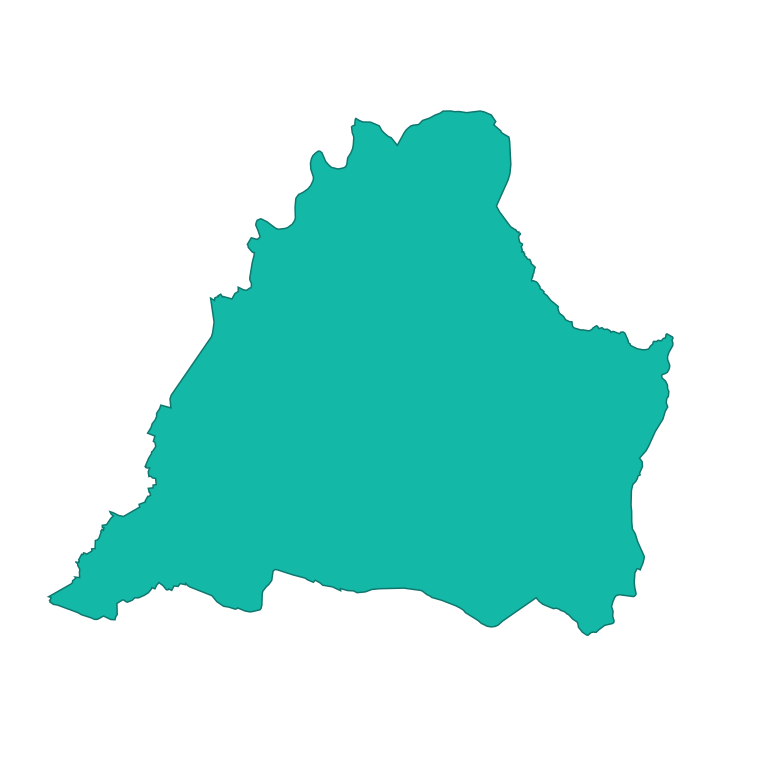 Phanom Thuan, Kanchanaburi, Thailand (Albers equal-area conic projection), rotated 191°
{"feature_id": "78962969B66646972334810", "entity_name": "Phanom Thuan", "entity_type": "district", "adm_level": 2, "iso_a3": "THA", "parent_name": "Thailand", "parent_adm1": "Kanchanaburi", "projection": "albers", "projection_center": [99.694, 14.148], "detail": "fine", "context": "isolated", "style": "filled", "palette": "teal", "viewbox_px": 768, "rotation_deg": 191, "n_neighbors": 0, "source": "geoboundaries", "source_scale": "gbopen_adm2", "svg_char_len": 6157}
<svg xmlns="http://www.w3.org/2000/svg" viewBox="0 0 768 768"><g transform="rotate(191 384 384)"><path d="M102.5,426.1L103.0,431.1L104.5,433.0L105.6,437.1L108.3,440.7L112.1,442.9L113.0,444.9L112.7,446.4L110.3,447.6L108.1,449.5L106.9,453.3L106.9,456.0L107.3,457.2L110.2,462.0L110.9,465.0L110.4,469.2L107.9,476.8L108.2,479.3L109.6,481.8L109.1,484.3L109.8,485.2L115.9,487.2L116.6,486.4L116.5,483.1L118.6,481.9L120.0,479.3L123.3,479.2L124.7,477.6L127.2,477.4L127.8,476.4L127.8,474.4L129.6,472.2L130.8,469.1L132.8,467.9L136.2,467.0L142.2,466.9L149.4,468.9L149.9,470.2L152.0,471.2L152.6,473.2L157.3,479.9L159.2,480.7L161.7,479.9L162.1,478.6L162.6,478.3L168.7,479.4L169.9,479.1L171.1,478.0L172.3,479.5L175.2,480.4L178.5,479.6L180.7,480.9L183.6,479.4L185.4,481.4L186.6,481.7L189.6,478.8L190.4,477.2L192.7,475.3L198.8,475.1L201.0,474.6L208.0,475.3L209.9,476.5L211.4,480.9L213.7,480.6L218.0,481.7L220.7,484.6L225.5,487.1L227.7,491.3L227.7,493.2L236.4,498.0L241.0,502.0L244.6,503.7L244.5,505.1L247.1,506.8L248.8,507.2L249.5,509.3L252.6,512.5L254.0,513.3L257.1,513.9L258.7,513.4L259.1,514.6L258.4,518.8L259.0,519.4L258.1,521.5L258.3,524.9L257.9,527.5L262.2,530.1L263.6,532.8L264.8,534.1L266.0,533.8L267.5,534.5L268.9,536.0L270.6,536.9L270.7,538.6L271.3,538.8L272.1,540.4L274.0,540.0L274.1,540.5L273.6,540.8L274.0,542.3L275.5,545.1L274.7,546.6L274.8,547.8L277.7,548.9L279.7,553.2L279.9,554.9L278.8,557.0L278.9,557.8L280.4,558.0L280.7,558.9L281.2,558.5L282.8,559.2L284.3,560.7L285.5,560.8L289.8,562.6L303.6,575.2L307.6,580.2L301.1,608.0L300.5,614.4L301.4,623.7L306.9,645.9L308.5,650.2L315.6,652.7L317.2,653.7L317.5,654.6L325.7,659.4L324.4,663.0L330.1,668.6L337.6,670.2L341.7,670.3L354.7,666.1L362.3,665.8L366.6,664.8L370.9,664.7L378.2,663.1L380.5,660.6L385.1,657.8L389.9,653.8L396.5,650.0L399.1,645.8L400.4,645.0L405.0,643.5L406.8,642.5L408.9,640.1L411.0,637.1L412.3,633.9L416.5,620.8L424.0,627.2L426.8,627.7L430.9,629.9L434.4,632.3L437.9,636.5L447.1,638.5L454.7,637.2L458.4,637.9L462.3,639.3L462.7,638.1L462.1,632.6L464.4,631.0L464.9,630.1L463.1,624.6L461.0,621.1L460.6,619.4L459.8,613.2L459.7,609.1L460.6,604.6L462.8,599.0L462.4,592.4L463.1,590.0L465.0,588.4L470.0,586.3L476.9,586.6L480.3,588.6L483.7,591.3L489.1,599.2L491.3,600.3L492.9,600.1L495.4,597.5L497.3,594.7L498.2,591.5L498.3,586.5L496.7,580.7L492.7,573.5L492.4,570.4L493.8,564.8L496.0,560.9L500.0,556.7L504.0,553.7L505.7,550.1L505.9,548.8L505.0,540.3L502.7,530.2L502.9,527.4L504.6,523.3L508.5,519.1L510.8,517.8L517.4,515.7L520.3,516.3L529.8,520.9L535.7,522.6L536.6,522.6L539.7,520.6L540.3,517.8L540.2,515.5L536.6,510.1L533.9,505.2L533.9,504.4L536.0,501.7L542.2,502.2L544.8,494.9L543.8,493.9L543.3,492.2L539.1,488.8L537.7,488.1L536.3,488.3L536.1,485.1L536.5,478.2L536.0,462.3L535.4,460.4L533.5,457.7L532.8,454.7L533.1,452.9L534.2,452.5L536.5,450.0L537.9,449.6L540.1,449.7L545.6,451.2L544.7,447.0L547.6,444.4L549.5,438.5L558.5,439.2L559.1,438.6L561.4,441.0L563.9,438.7L563.4,438.2L566.4,436.4L566.3,433.7L570.6,435.2L562.6,412.3L562.0,401.8L562.4,397.5L590.7,332.5L591.2,328.6L588.7,319.9L599.0,320.7L599.5,317.1L601.6,311.8L601.0,308.7L601.9,304.7L603.9,301.0L604.4,296.6L606.7,290.6L598.9,289.2L599.5,283.7L597.7,283.0L596.1,279.0L598.3,273.8L599.1,273.1L599.0,271.1L600.8,266.4L602.7,257.4L601.6,257.2L601.8,256.5L601.1,256.4L598.0,256.8L598.7,252.9L597.1,248.3L595.6,248.9L594.5,248.6L593.5,247.6L590.2,247.7L588.4,241.8L591.4,240.7L590.8,238.0L595.5,236.6L594.0,233.2L593.5,233.4L591.9,230.2L594.1,228.3L594.5,228.5L596.1,223.5L595.8,222.6L601.5,219.1L600.3,216.6L614.4,204.3L619.3,204.3L625.3,206.0L628.7,206.4L627.3,204.5L624.6,202.7L626.4,200.3L629.5,193.0L633.6,191.5L633.1,189.6L631.5,189.5L631.5,186.8L633.0,187.6L633.9,185.4L633.4,184.9L634.4,178.1L635.7,176.2L637.5,175.3L636.2,167.3L639.5,166.4L638.9,164.2L643.5,160.2L645.1,160.8L646.7,160.9L646.9,159.1L648.3,159.1L650.2,153.1L649.3,152.3L649.4,151.0L649.9,151.2L650.5,150.2L653.0,150.7L650.4,149.1L649.9,147.3L647.3,144.2L647.0,140.9L645.8,135.9L650.6,135.5L649.5,134.5L652.1,131.5L651.9,129.8L652.8,128.2L672.6,111.2L670.1,111.0L670.2,109.2L671.0,107.7L669.9,106.9L670.3,106.3L666.5,104.6L662.4,104.7L641.0,101.2L637.0,99.8L627.1,98.6L623.2,97.7L620.4,98.3L615.0,102.7L607.4,100.7L603.1,101.2L602.9,104.5L601.9,106.8L604.3,117.6L599.5,122.1L598.2,122.3L595.6,121.0L594.2,120.9L589.9,123.7L587.9,126.5L584.1,127.3L578.9,130.9L575.4,134.2L573.2,138.4L573.0,139.8L569.8,139.2L568.7,143.3L567.0,146.1L562.2,143.8L558.4,140.5L556.8,140.7L556.3,141.8L553.0,140.9L551.6,145.7L547.5,146.0L546.0,149.2L540.6,149.1L540.6,150.4L538.0,148.6L536.0,147.8L512.6,143.4L506.3,138.3L499.0,135.2L494.0,135.4L487.2,134.6L485.7,135.2L484.9,136.3L477.4,134.7L472.4,134.7L470.4,135.2L462.7,138.7L461.9,140.1L461.7,143.7L463.4,154.2L463.5,157.3L460.8,162.6L458.8,165.3L456.7,169.8L457.2,179.0L456.0,180.7L455.1,181.2L452.9,181.2L437.6,179.3L424.2,178.4L422.0,177.3L415.5,175.9L414.0,178.3L408.4,176.4L405.8,174.8L395.8,175.0L387.1,172.8L387.7,174.9L380.5,174.3L374.4,175.1L370.7,174.0L362.6,176.4L356.7,180.0L349.3,182.2L325.7,187.4L308.8,188.4L306.7,188.0L301.8,185.5L298.6,184.7L296.4,183.6L286.0,182.7L271.7,180.1L267.0,178.8L262.9,177.2L260.4,175.1L246.5,169.8L242.8,167.6L236.4,165.9L232.4,166.0L228.7,167.2L226.1,169.0L222.2,174.1L193.9,203.2L190.1,200.2L186.1,198.1L174.8,195.8L172.6,196.7L170.3,196.7L167.2,195.5L164.7,195.2L162.4,194.5L160.5,193.2L158.9,192.9L153.8,189.2L149.0,187.2L147.8,185.4L146.7,182.3L141.8,178.2L137.3,176.3L135.8,176.3L133.3,179.5L131.2,180.4L128.4,180.7L126.0,184.0L121.3,189.2L114.2,192.4L113.0,193.5L112.9,195.2L115.2,199.7L115.8,204.6L118.2,209.0L117.7,214.5L116.7,218.7L115.9,220.3L114.7,221.2L112.4,222.1L98.7,222.9L97.7,223.4L96.5,225.4L96.6,226.4L99.0,232.0L100.5,236.9L101.7,246.4L100.3,251.0L99.4,251.2L97.1,250.4L95.6,257.9L95.4,262.7L95.7,264.5L104.9,277.6L108.8,284.9L112.5,289.1L114.5,296.0L116.6,306.3L118.4,312.3L120.8,326.7L120.6,332.8L118.3,336.4L117.4,338.9L117.0,342.3L115.2,343.6L116.1,345.2L114.5,352.2L115.6,356.7L119.0,360.0L113.9,368.7L112.1,374.5L108.7,389.0L103.5,402.8L102.7,410.9L101.1,415.6L103.2,419.1L103.5,420.3L103.6,424.0L102.5,426.1Z" fill="#14b8a6" stroke="#0f766e" stroke-width="1.5"/></g></svg>